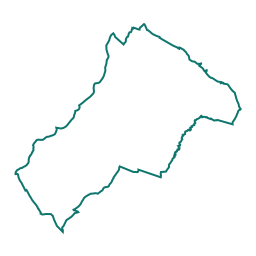 the district of Davidesti, Arges, Romania
{"feature_id": "2599482B43743362823664", "entity_name": "Davidesti", "entity_type": "district", "adm_level": 2, "iso_a3": "ROU", "parent_name": "Romania", "parent_adm1": "Arges", "projection": "mercator", "projection_center": [25.041, 45.006], "detail": "fine", "context": "isolated", "style": "outline", "palette": "teal", "viewbox_px": 256, "rotation_deg": 0, "n_neighbors": 0, "source": "geoboundaries", "source_scale": "gbopen_adm2", "svg_char_len": 5742}
<svg xmlns="http://www.w3.org/2000/svg" viewBox="0 0 256 256"><path d="M62.8,231.9L62.9,230.3L62.3,229.1L62.2,227.5L63.7,225.8L65.6,221.8L66.1,220.5L66.9,219.8L69.1,218.4L70.0,217.6L71.0,217.2L73.7,214.4L74.6,213.2L78.3,212.2L77.8,211.5L76.6,211.2L75.2,210.5L73.7,210.2L73.5,209.7L74.9,209.1L78.0,206.9L79.0,206.0L80.2,204.6L80.8,203.7L82.1,201.2L83.3,199.5L84.0,198.0L85.1,197.0L87.2,195.6L90.8,193.7L92.2,193.7L95.2,193.2L96.9,193.4L97.3,193.6L97.7,193.6L98.1,193.5L100.6,191.5L101.9,190.7L102.4,190.3L103.6,188.1L104.5,187.4L108.4,186.6L108.9,185.9L109.6,184.3L111.3,182.4L112.7,179.4L113.6,178.1L113.5,177.6L114.1,176.6L114.4,176.3L115.9,174.3L116.4,173.4L117.2,172.5L118.9,169.8L119.1,169.1L119.2,168.6L119.2,167.9L119.4,167.0L119.7,166.4L133.2,171.9L137.6,172.1L137.9,171.8L138.1,171.1L138.6,170.5L138.5,169.7L160.8,177.3L160.9,177.0L160.8,176.4L161.0,175.1L160.6,173.8L160.8,173.1L161.0,172.0L165.9,171.6L167.4,169.3L168.2,168.3L169.1,166.9L169.0,166.3L168.9,165.7L168.9,165.3L169.3,164.2L169.7,163.7L170.2,163.3L172.0,160.4L172.3,160.0L172.4,159.0L173.3,158.2L173.5,157.8L173.9,157.7L174.5,157.1L174.1,156.6L174.2,156.4L174.7,156.4L174.8,156.1L174.4,156.1L174.2,155.5L174.4,155.4L174.8,155.1L175.3,155.1L175.6,154.9L175.5,154.4L175.4,154.2L174.7,154.0L174.7,153.9L174.8,153.7L175.4,153.1L175.1,152.4L175.6,151.9L176.5,151.8L176.7,151.6L176.9,151.4L176.8,150.9L177.3,150.5L177.5,150.3L177.3,150.0L177.5,149.4L177.9,149.4L178.5,149.6L178.6,148.8L178.7,148.7L178.9,148.8L179.1,149.1L179.3,149.1L179.5,148.0L178.8,147.3L178.4,146.8L178.4,146.2L178.7,146.2L179.0,146.0L179.0,145.8L178.8,145.7L179.6,145.4L179.8,145.5L180.0,145.5L180.2,144.7L179.6,144.0L179.3,143.4L179.3,143.0L179.6,142.4L180.1,142.3L180.6,142.0L181.0,141.4L181.7,140.0L182.3,139.3L182.2,138.9L181.7,138.2L181.8,137.7L182.1,137.3L182.3,136.3L182.6,136.0L183.2,135.8L183.2,135.4L182.8,134.8L183.2,134.6L184.1,134.6L184.8,134.3L185.1,134.0L185.1,133.7L185.1,132.6L185.1,132.1L185.3,131.6L185.7,131.3L187.3,130.9L187.6,130.6L187.7,130.3L188.2,129.8L188.8,129.7L189.2,130.2L189.7,130.5L190.2,130.3L190.8,129.8L190.9,129.3L190.1,127.9L190.4,127.5L191.6,127.3L192.0,127.0L191.7,126.2L192.6,125.7L193.3,125.2L193.8,125.3L194.4,125.0L194.3,123.7L195.3,122.9L195.1,122.6L194.8,122.4L194.7,121.8L194.8,121.4L195.0,121.0L194.8,120.6L195.0,120.2L195.5,120.4L195.8,120.3L196.6,119.3L196.9,119.1L197.4,119.1L199.5,117.9L199.8,117.3L200.4,117.2L200.9,116.8L200.9,116.1L201.2,115.8L201.5,115.8L201.6,116.0L201.5,116.5L201.8,117.1L202.1,117.3L202.8,117.0L203.9,116.8L204.4,116.8L205.8,117.3L206.1,117.1L206.6,117.1L207.0,117.2L207.1,117.6L207.3,117.8L210.4,119.0L210.6,118.6L211.2,118.7L212.4,119.6L214.4,120.6L215.6,120.2L216.7,120.3L217.2,119.9L232.6,124.3L232.5,123.0L232.8,121.9L233.3,121.2L234.7,119.2L236.5,115.8L236.9,114.4L237.5,113.4L238.2,111.2L238.8,110.3L240.0,109.8L240.6,109.3L240.5,108.6L239.8,108.0L239.0,106.4L238.8,105.3L238.7,104.3L237.4,101.5L236.1,97.9L236.0,97.0L235.1,94.3L235.0,93.1L234.2,92.2L232.8,91.1L230.7,88.7L228.8,85.9L227.9,84.6L226.9,84.2L223.7,83.7L223.4,82.9L222.7,83.1L221.9,82.4L221.6,83.0L220.8,83.2L220.8,82.1L217.6,81.5L215.2,80.0L214.0,79.1L212.5,78.2L211.3,77.7L210.9,77.8L209.4,76.8L207.2,74.4L205.8,72.6L206.7,70.9L206.6,70.2L204.5,71.1L203.5,69.7L203.1,68.8L202.3,67.9L200.4,66.6L199.2,65.7L201.1,63.9L201.1,63.5L199.6,63.8L198.0,63.9L197.1,63.7L196.1,62.8L194.7,61.7L192.2,61.3L189.5,59.6L188.8,56.2L188.2,55.2L187.1,54.1L185.7,51.8L184.6,51.0L184.2,50.5L184.1,50.2L183.5,49.6L183.1,49.4L182.5,49.3L180.7,48.0L179.5,47.6L179.2,48.8L178.0,48.1L178.1,47.8L173.2,45.7L161.4,38.9L160.1,37.9L159.7,37.8L159.8,37.4L159.5,36.9L157.0,36.1L153.4,34.5L151.8,33.4L149.1,31.0L147.9,30.2L147.1,30.1L145.6,26.7L145.2,25.6L144.3,24.2L144.0,24.1L141.0,26.9L140.0,27.6L139.5,29.6L138.2,29.3L133.8,27.7L133.4,28.5L132.3,27.9L132.0,29.4L131.7,29.9L131.5,31.0L131.2,31.8L130.8,32.2L129.5,32.3L128.6,34.0L128.5,35.0L128.0,36.6L127.5,36.6L127.0,37.1L126.0,38.8L125.8,39.6L125.9,40.4L125.8,41.4L125.2,42.5L124.2,43.1L123.8,43.7L123.8,44.2L123.6,44.5L115.1,36.9L114.6,35.2L113.3,33.3L111.5,34.8L111.0,35.4L110.5,36.3L109.9,37.6L109.3,40.1L108.2,42.3L106.3,45.5L106.5,49.7L107.8,54.2L108.5,55.8L108.5,56.4L108.4,57.3L107.7,58.7L107.2,59.3L106.7,60.5L106.5,62.8L106.3,64.0L105.2,67.4L105.2,68.2L105.4,70.1L105.3,70.8L105.0,72.1L104.4,73.8L104.1,75.2L103.0,77.6L100.0,81.9L99.1,82.6L98.1,83.0L95.1,83.4L94.2,84.5L94.0,85.3L93.6,88.1L94.0,91.4L93.7,92.7L93.1,93.7L90.3,96.6L89.3,97.4L86.1,99.8L82.3,103.1L79.1,105.4L79.6,106.9L79.4,108.2L78.9,109.2L77.6,110.2L75.3,110.9L75.0,113.0L74.2,115.0L73.8,116.9L73.5,117.8L71.4,119.9L68.7,123.3L67.4,125.0L65.8,126.6L63.3,128.0L60.8,128.5L56.3,127.7L56.5,128.5L56.7,129.9L55.6,132.8L55.3,133.3L54.9,134.1L54.4,134.5L51.9,135.6L51.0,135.8L49.5,136.4L48.5,136.7L46.9,136.8L46.5,137.1L45.6,137.6L44.3,138.8L42.6,139.9L38.2,139.7L37.4,139.8L36.5,140.2L35.6,141.6L34.3,142.9L34.0,143.6L33.4,144.3L33.1,145.1L33.1,145.5L33.5,146.2L33.6,147.7L33.3,148.2L33.3,148.6L33.5,150.2L32.8,151.2L32.7,151.8L32.0,152.4L31.9,153.1L31.0,154.8L30.2,155.4L30.0,156.2L29.7,156.4L29.3,157.0L29.3,157.5L29.0,157.9L28.8,158.6L28.9,159.3L28.7,159.9L28.7,161.1L28.7,161.6L28.3,163.1L27.8,163.5L26.8,165.0L26.2,165.4L25.3,166.2L24.7,166.3L23.4,167.0L22.6,167.5L22.4,167.8L21.8,168.0L20.7,168.1L20.2,168.3L18.7,169.4L17.4,169.9L16.0,171.7L15.4,173.7L15.5,174.1L15.8,174.2L16.3,174.0L17.0,173.9L17.7,174.1L17.9,174.4L18.4,176.3L18.5,177.2L19.7,180.2L21.6,183.0L25.4,190.6L26.5,190.0L27.2,191.2L29.8,196.2L30.1,196.6L31.2,198.2L31.8,199.5L34.2,202.7L35.4,204.0L36.6,205.7L37.4,206.9L38.1,208.7L38.4,208.7L40.9,212.9L40.6,213.7L42.3,214.5L46.4,214.0L50.9,214.1L52.9,216.0L53.9,219.3L56.9,225.9L62.8,231.9Z" fill="none" stroke="#0f766e" stroke-width="2"/></svg>